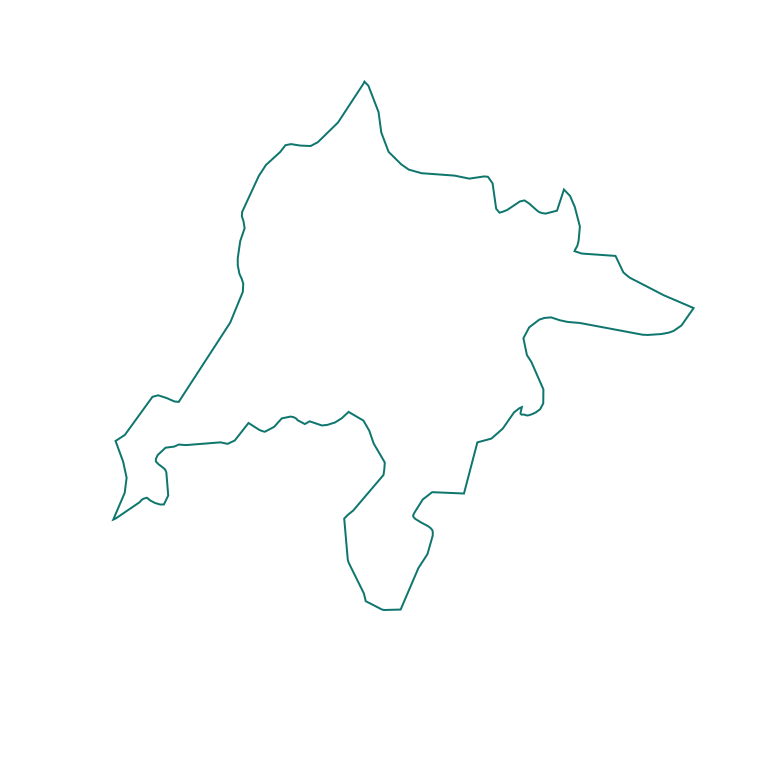 an SVG outline of Aargau, rotated 303°
{"feature_id": "CHE-162", "entity_name": "Aargau", "entity_type": "Canton", "adm_level": 1, "iso_a3": "CHE", "parent_name": "Switzerland", "parent_adm1": "", "projection": "robinson", "projection_center": [8.112, 47.382], "detail": "fine", "context": "isolated", "style": "outline", "palette": "teal", "viewbox_px": 768, "rotation_deg": 303, "n_neighbors": 0, "source": "natural_earth", "source_scale": "10m", "svg_char_len": 2350}
<svg xmlns="http://www.w3.org/2000/svg" viewBox="0 0 768 768"><g transform="rotate(303 384 384)"><path d="M503.4,165.7L522.2,170.6L530.6,171.3L534.5,175.3L538.4,184.0L543.6,192.8L550.7,196.8L578.3,203.0L624.7,203.2L626.9,202.9L625.7,208.4L609.1,231.3L593.4,244.8L581.2,261.4L577.6,278.7L577.3,288.0L581.2,300.6L597.2,329.7L602.7,343.7L612.6,354.9L614.4,358.3L611.4,365.8L592.1,382.6L590.6,387.5L592.8,389.5L597.0,392.5L611.2,398.6L614.5,401.9L614.4,407.6L612.9,417.4L612.7,420.4L613.4,423.4L615.0,426.8L623.6,434.7L645.1,429.0L643.0,437.7L636.4,447.6L622.8,462.5L610.3,469.1L605.5,470.8L603.5,471.0L601.3,471.1L599.2,471.4L601.1,478.8L617.5,508.4L608.0,523.9L607.6,526.4L607.0,532.1L610.8,570.4L616.3,602.3L615.7,602.3L595.1,601.6L586.1,597.9L582.1,594.8L576.8,589.2L568.8,578.5L566.2,574.1L541.8,514.9L536.2,504.5L533.2,496.7L530.9,487.9L526.8,482.6L522.6,479.2L510.6,474.9L498.3,476.0L486.1,488.1L482.8,495.5L466.3,520.6L454.5,528.1L447.9,528.7L442.9,526.8L439.6,524.8L436.8,522.6L435.5,521.1L434.6,518.0L433.3,516.2L433.3,514.9L434.4,514.1L439.7,512.2L437.6,510.8L431.0,508.5L411.3,507.9L396.7,503.8L385.9,494.1L335.7,510.7L319.5,483.3L308.3,479.4L292.7,479.6L289.6,480.0L288.5,481.2L287.9,483.7L288.1,490.9L288.8,498.7L288.5,501.8L287.9,503.6L287.5,504.5L286.3,505.6L283.5,507.4L265.0,513.1L248.4,513.1L203.9,520.8L194.4,507.0L193.7,504.8L191.9,487.0L197.4,481.2L215.0,451.5L217.2,449.1L249.5,423.9L254.8,425.0L261.1,427.1L307.5,433.1L312.7,430.7L318.6,427.4L328.5,407.7L336.8,397.1L342.1,386.7L341.3,369.5L332.2,367.2L325.1,363.9L318.8,358.7L315.4,354.5L312.2,342.0L307.3,339.4L306.6,331.2L307.2,329.3L307.0,326.4L305.8,323.4L299.5,317.0L288.2,315.2L279.1,310.1L278.4,308.3L277.6,304.6L277.5,291.6L255.3,289.6L248.6,285.4L246.0,278.6L224.9,251.2L221.5,244.9L217.3,242.2L211.6,235.5L201.2,232.9L196.8,233.5L194.8,234.9L193.9,238.6L193.5,244.3L193.0,247.2L191.2,249.7L172.9,263.8L163.1,265.0L161.0,261.9L159.5,256.7L159.0,251.4L159.5,247.1L156.8,244.8L155.1,243.9L151.7,243.4L125.2,232.3L122.9,230.8L151.5,225.8L165.2,219.2L176.8,207.5L190.0,189.9L200.2,194.4L247.1,196.8L251.5,200.7L253.8,209.2L255.2,217.7L257.2,221.6L351.7,221.6L384.4,215.4L391.5,211.3L394.7,207.4L397.6,202.8L403.8,196.8L409.7,192.9L425.5,185.6L438.7,182.3L443.7,177.8L447.3,173.4L451.1,171.3L490.2,165.7L503.4,165.7Z" fill="none" stroke="#0f766e" stroke-width="2"/></g></svg>